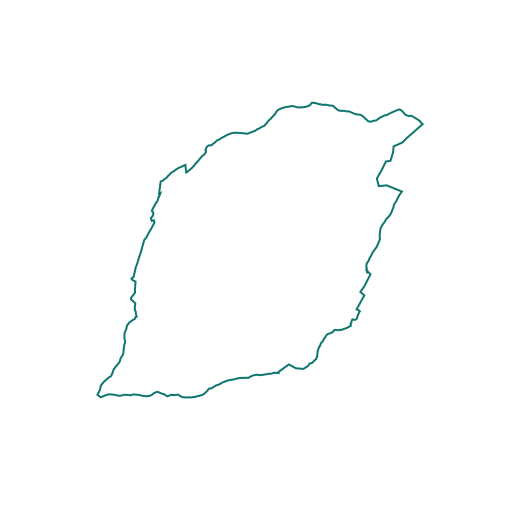 outline of Sinesti, Vâlcea, Romania, rotated 295°
{"feature_id": "2599482B24446821580298", "entity_name": "Sinesti", "entity_type": "district", "adm_level": 2, "iso_a3": "ROU", "parent_name": "Romania", "parent_adm1": "Vâlcea", "projection": "natural_earth1", "projection_center": [23.825, 44.936], "detail": "fine", "context": "isolated", "style": "outline", "palette": "teal", "viewbox_px": 512, "rotation_deg": 295, "n_neighbors": 0, "source": "geoboundaries", "source_scale": "gbopen_adm2", "svg_char_len": 6074}
<svg xmlns="http://www.w3.org/2000/svg" viewBox="0 0 512 512"><g transform="rotate(295 256 256)"><path d="M445.9,351.3L446.8,348.8L447.5,347.7L447.7,347.1L447.8,345.9L448.0,345.3L448.1,343.9L448.7,339.4L448.7,337.7L448.6,337.0L447.5,335.9L447.5,335.7L447.1,331.7L449.1,327.3L449.5,325.3L449.6,324.6L449.5,324.2L449.3,323.7L447.1,321.6L445.1,319.9L442.6,317.6L438.6,314.6L437.8,313.2L436.9,312.3L435.5,311.4L433.5,309.7L432.0,309.0L429.8,307.7L429.4,307.3L428.2,305.4L426.4,303.5L426.1,302.9L425.7,301.5L425.6,300.5L427.7,294.2L428.0,292.8L428.1,291.7L428.1,291.0L426.7,286.6L426.5,285.4L426.4,279.3L426.0,278.3L425.5,277.5L425.3,277.1L425.0,274.8L424.1,273.1L423.5,271.7L423.2,270.9L422.9,269.4L422.9,268.3L423.4,266.8L423.6,265.4L424.4,263.4L424.6,262.4L424.5,261.6L423.8,259.9L423.4,258.8L422.5,254.8L421.6,253.6L421.2,252.8L421.0,251.3L420.4,249.4L420.0,247.7L419.8,245.0L419.5,244.4L419.0,243.6L418.9,242.3L418.8,242.1L418.3,241.7L417.1,241.5L416.3,241.4L415.0,240.9L414.2,240.0L412.2,238.1L410.4,235.2L409.8,234.0L408.6,231.9L408.1,230.1L407.6,226.5L407.4,225.8L406.8,224.8L405.3,222.8L403.8,220.5L402.4,218.6L399.8,215.9L398.0,214.5L396.7,213.8L395.6,213.5L394.4,213.5L392.2,213.1L390.1,212.4L386.5,211.3L385.5,210.8L382.6,209.8L380.5,209.5L378.7,208.7L377.5,208.5L375.4,206.6L372.8,204.9L371.3,203.5L370.5,203.0L369.5,202.6L364.7,198.0L363.7,197.0L363.0,196.0L362.4,194.6L362.1,193.2L360.0,187.6L358.8,184.8L357.4,182.5L354.3,179.4L353.1,178.3L351.0,176.9L349.4,175.6L345.3,172.9L344.3,171.9L343.3,171.4L341.7,170.9L340.4,170.1L338.8,169.4L337.4,168.8L337.2,168.5L336.7,166.9L335.2,165.8L334.7,165.5L333.0,165.3L330.7,165.4L330.2,165.7L329.7,166.5L329.3,166.7L326.9,166.4L325.5,165.9L324.2,165.1L321.3,164.2L318.6,163.6L314.2,162.2L312.0,161.8L310.9,161.5L310.4,161.2L308.2,160.5L303.3,158.2L302.4,157.7L302.2,157.4L308.7,153.5L302.6,148.3L300.4,146.9L297.8,145.5L296.6,144.6L294.8,143.5L293.5,143.3L292.1,142.7L289.1,141.8L287.6,141.0L287.0,140.5L285.4,140.0L284.5,139.4L283.3,138.1L271.6,141.8L272.7,142.8L268.6,143.1L268.5,142.8L267.9,142.9L266.9,143.0L265.5,143.3L263.9,143.4L262.3,143.2L261.9,143.0L261.7,142.8L259.4,142.8L255.4,142.5L252.8,142.5L252.4,143.9L252.2,144.3L250.3,145.3L248.2,145.5L246.2,144.6L243.7,146.6L245.2,148.4L243.6,149.8L236.9,149.5L230.0,148.9L228.0,148.9L225.8,148.7L224.8,148.4L223.9,148.0L222.6,148.0L219.6,148.6L217.6,148.8L216.9,149.0L210.4,150.1L206.1,150.5L198.0,151.7L194.6,151.8L189.4,153.1L184.8,153.9L183.2,152.7L182.6,153.0L182.4,153.3L182.0,154.4L181.9,157.6L179.2,158.7L177.8,159.1L176.8,159.6L174.8,160.2L173.1,161.2L172.5,161.5L171.5,161.8L169.3,161.3L167.9,161.1L165.7,160.4L164.7,160.6L164.1,161.0L163.6,161.6L163.4,163.0L162.7,164.6L162.2,166.4L161.7,166.8L161.2,167.0L160.5,167.1L157.5,168.1L156.1,169.0L154.8,170.4L152.2,172.1L150.6,173.5L149.6,172.6L148.2,172.8L147.5,172.6L146.3,171.6L145.6,171.3L142.9,169.7L141.7,169.1L141.0,169.1L139.2,168.6L137.8,168.6L135.5,169.2L130.7,169.4L126.2,171.3L124.2,172.8L123.0,173.5L121.8,173.9L118.6,174.5L117.5,175.0L116.8,175.0L112.9,176.5L111.1,177.0L109.4,177.1L106.6,176.5L104.4,176.8L103.2,177.1L101.7,177.0L97.9,176.1L96.3,175.5L93.0,175.0L88.1,175.4L86.4,175.4L85.4,175.2L84.3,174.3L83.6,173.9L77.8,171.3L73.2,170.2L68.6,171.1L66.5,171.1L63.9,170.9L63.2,171.0L63.0,172.5L62.5,173.8L62.4,175.0L67.6,179.9L68.7,181.7L70.1,185.3L70.7,188.3L71.2,189.6L71.4,190.8L71.7,191.6L72.6,192.9L74.2,194.8L74.7,195.5L75.0,196.6L75.8,198.1L76.7,201.3L77.1,201.5L77.6,202.0L78.5,203.0L78.8,203.5L80.4,208.0L81.1,210.9L81.4,212.8L82.0,213.8L82.2,215.1L82.6,216.1L84.0,218.3L85.3,219.6L85.8,220.1L86.7,220.6L88.5,221.4L90.5,223.2L91.3,224.3L91.4,225.9L91.4,228.1L91.7,230.0L91.8,232.0L91.7,232.9L91.3,234.4L91.3,234.8L91.6,235.2L92.9,236.4L94.4,237.9L95.1,240.0L95.7,241.4L97.3,243.6L97.4,244.0L97.2,245.1L97.2,246.6L96.9,248.2L97.1,249.6L97.5,250.3L98.2,252.5L99.3,254.2L100.4,257.0L100.7,257.6L101.5,258.5L102.9,260.9L104.5,262.3L105.2,263.6L108.2,266.8L112.7,268.7L114.1,269.1L115.6,269.3L116.0,269.5L116.3,269.8L116.7,270.9L117.1,271.5L118.5,272.3L121.9,274.6L122.6,275.3L124.0,276.9L126.5,278.6L128.0,279.8L131.2,283.0L133.4,286.0L134.5,287.8L136.2,289.7L138.3,292.4L139.5,294.5L142.4,300.6L142.7,301.0L143.7,301.4L146.6,303.9L148.6,306.7L149.0,307.6L149.3,309.2L149.9,310.0L150.3,311.1L151.7,313.1L153.7,316.1L154.0,316.4L154.9,317.7L155.2,318.7L155.7,319.5L157.9,321.9L159.4,325.8L159.8,325.4L160.5,325.3L161.2,325.9L161.4,325.9L171.6,331.6L171.1,339.7L172.5,343.2L173.4,346.2L174.9,347.5L176.5,348.4L178.1,349.5L179.2,349.8L180.9,350.0L181.4,350.2L181.7,350.6L182.4,351.7L182.9,352.0L184.1,352.5L186.0,353.0L187.8,354.1L188.2,354.1L189.0,353.8L189.5,353.8L189.9,354.0L190.7,353.9L193.7,352.9L195.3,352.2L198.9,351.8L200.2,351.5L201.1,352.0L204.4,351.7L205.6,352.0L206.5,352.5L207.6,352.6L208.3,352.7L209.6,352.6L212.2,353.2L213.3,353.1L214.6,353.5L215.8,354.2L217.3,355.9L219.1,357.5L221.9,358.3L222.3,358.5L222.7,359.3L223.0,360.6L223.7,362.1L224.6,363.1L224.5,363.7L224.7,364.2L227.4,366.8L227.6,367.1L228.5,368.1L229.2,368.7L231.4,370.3L232.3,371.2L232.8,371.4L233.1,371.4L234.2,370.5L235.9,370.5L238.5,370.1L239.1,370.1L239.5,370.4L239.5,371.7L239.8,372.4L240.8,373.4L241.6,373.8L242.3,373.9L243.4,373.6L246.0,373.3L248.7,373.3L249.7,373.5L250.2,372.0L250.3,370.7L250.2,369.7L266.1,370.8L267.5,365.8L274.4,367.0L287.8,367.5L287.9,366.7L288.4,366.1L288.8,364.9L288.5,364.4L288.7,363.9L288.1,363.7L288.3,363.3L289.9,363.1L290.0,362.9L289.7,362.7L289.6,362.2L289.8,361.9L290.4,361.7L291.3,361.7L291.9,361.5L292.2,361.2L292.8,360.5L295.7,359.6L296.3,359.6L298.9,360.0L299.9,360.1L301.9,359.9L305.1,360.2L308.6,360.2L315.1,361.5L321.5,361.4L322.7,361.3L324.3,360.9L326.1,359.7L328.3,358.9L331.2,357.9L333.7,357.3L334.4,357.2L335.8,357.4L337.1,357.3L341.3,358.2L344.2,358.4L345.0,358.6L347.7,359.6L350.3,360.2L352.7,360.3L358.7,359.9L361.2,359.3L364.3,359.9L370.3,360.1L372.1,360.2L376.1,361.0L375.2,344.4L371.2,337.8L377.3,332.8L387.4,333.6L396.6,333.8L399.0,337.6L407.6,336.5L413.5,334.4L420.6,340.6L425.9,342.5L445.9,351.3Z" fill="none" stroke="#0f766e" stroke-width="2"/></g></svg>